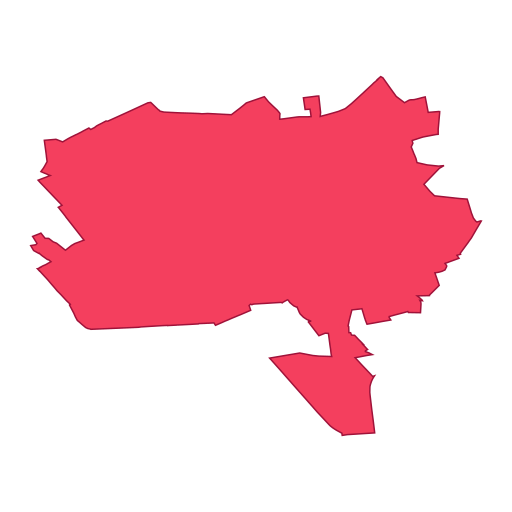 the district of Valmiera, Valmiera, Latvia
{"feature_id": "27541924B28912918597311", "entity_name": "Valmiera", "entity_type": "district", "adm_level": 2, "iso_a3": "LVA", "parent_name": "Latvia", "parent_adm1": "Valmiera", "projection": "natural_earth1", "projection_center": [25.423, 57.526], "detail": "fine", "context": "isolated", "style": "filled", "palette": "rose", "viewbox_px": 512, "rotation_deg": 0, "n_neighbors": 0, "source": "geoboundaries", "source_scale": "gbopen_adm2", "svg_char_len": 5650}
<svg xmlns="http://www.w3.org/2000/svg" viewBox="0 0 512 512"><path d="M87.7,328.5L90.1,329.0L90.9,329.3L138.3,327.3L141.3,326.9L152.7,326.2L162.8,325.6L167.6,325.4L167.7,325.6L168.1,325.5L168.7,325.5L176.4,325.1L177.1,325.0L177.9,325.0L189.8,324.4L198.4,323.9L198.7,323.6L206.0,323.3L207.1,323.2L208.3,323.2L213.9,322.9L215.5,325.3L221.8,322.6L225.1,321.1L228.1,319.9L229.2,319.4L232.4,318.0L235.1,316.9L237.7,315.8L238.9,315.3L240.2,314.8L250.7,310.3L249.1,305.5L250.5,304.2L251.9,304.7L253.0,304.2L254.6,304.0L256.3,303.9L261.2,303.6L265.0,303.4L269.4,303.1L281.2,302.4L282.2,302.9L282.9,302.3L285.0,301.1L287.5,299.8L288.3,300.3L289.9,302.6L292.1,304.5L293.8,305.9L297.0,307.3L297.1,307.2L298.7,310.9L299.4,312.6L300.3,314.1L303.4,317.2L306.7,319.4L311.2,321.2L308.5,321.5L308.5,321.8L308.4,322.1L308.8,322.5L309.1,322.9L314.0,329.3L318.9,335.7L325.2,333.2L328.4,333.4L328.8,336.3L329.9,344.7L330.6,349.4L331.1,353.9L331.7,356.5L318.8,356.1L312.8,355.5L299.7,353.0L269.6,358.1L277.2,366.6L297.2,389.3L309.4,403.1L317.4,412.2L329.0,424.6L330.3,425.9L331.3,426.7L332.7,427.8L334.5,429.0L336.4,430.2L338.6,431.4L341.9,433.2L341.9,433.3L342.1,434.9L342.2,435.4L347.4,434.6L349.2,434.5L374.7,432.9L373.4,422.1L371.7,409.0L370.3,397.1L370.1,395.5L369.8,392.4L369.9,387.5L370.0,386.2L370.3,385.0L370.7,383.6L371.6,381.0L372.6,378.9L373.4,377.5L374.5,375.8L372.7,376.4L361.7,364.8L355.1,357.7L358.9,357.0L366.7,355.5L372.3,354.6L369.0,352.9L367.4,352.3L365.4,351.6L365.5,350.7L367.6,349.5L366.8,348.7L362.8,344.4L363.1,344.4L363.4,344.4L362.0,342.9L358.3,339.2L355.4,336.1L354.6,335.3L353.8,335.3L351.5,335.1L350.6,332.7L348.9,332.6L348.7,326.6L348.1,326.0L349.1,320.9L349.6,318.8L351.9,309.9L360.9,308.9L361.9,308.7L363.0,312.3L364.7,318.1L365.1,319.1L365.3,319.9L365.5,320.5L365.9,321.4L366.6,323.3L366.9,324.0L367.0,324.2L373.9,323.0L382.6,321.4L390.8,320.0L390.7,319.8L389.1,317.4L389.2,316.5L390.1,316.3L394.0,315.2L404.3,312.5L407.8,311.5L408.4,312.5L420.4,312.7L420.5,312.7L421.0,303.9L420.8,302.0L419.8,300.3L422.4,300.7L422.0,300.0L419.7,297.9L417.2,295.9L419.4,295.8L420.2,295.8L429.5,295.6L429.6,294.9L432.9,291.7L439.2,285.4L437.5,280.4L436.3,276.9L436.0,276.1L434.9,272.8L436.0,272.7L438.8,272.2L442.0,271.3L445.0,269.9L446.2,267.5L446.5,266.9L446.7,266.3L446.7,265.8L446.5,265.4L445.0,263.4L447.3,262.6L450.2,261.5L459.0,258.3L456.9,255.3L460.6,254.3L460.3,253.2L466.6,244.6L467.8,243.0L469.3,240.8L471.0,238.5L471.3,238.1L476.4,229.3L481.3,221.0L480.6,220.9L476.9,222.0L475.7,221.1L473.3,217.9L472.8,216.5L472.2,214.9L471.5,213.2L470.4,209.5L467.2,199.1L460.4,198.6L455.5,198.1L434.5,195.8L430.1,191.5L423.9,184.3L439.2,168.5L439.4,168.3L444.0,165.6L438.6,166.1L427.1,164.9L417.0,162.6L416.0,158.6L414.7,155.4L414.6,155.1L414.1,154.1L413.7,153.1L413.4,152.3L413.1,151.5L411.6,147.8L411.2,147.0L411.9,145.5L412.9,143.2L412.3,141.4L412.2,140.5L413.7,140.0L414.8,139.6L415.9,139.3L417.7,138.7L419.5,138.1L421.4,137.5L423.1,137.0L425.6,136.5L427.7,136.1L429.8,135.7L431.9,135.3L434.0,134.9L436.1,134.5L438.2,134.3L438.2,129.1L438.6,124.7L439.4,115.6L439.6,113.6L439.7,111.6L439.3,111.6L438.9,111.5L434.0,111.9L429.0,112.3L428.6,112.4L428.2,112.4L426.7,104.6L425.2,96.9L421.8,97.7L419.6,98.3L416.5,99.1L414.2,99.6L413.3,99.7L410.7,99.8L409.9,99.9L409.4,100.1L408.8,100.3L404.5,102.7L400.3,99.5L396.2,96.4L389.5,87.1L382.9,77.8L380.7,76.6L377.3,79.5L377.6,79.7L374.3,82.5L374.0,82.7L371.9,84.8L355.7,99.8L351.6,103.5L346.2,107.9L345.1,108.7L339.9,110.8L338.4,111.4L333.6,112.8L327.2,114.6L322.2,115.9L320.2,116.5L320.6,112.5L318.8,96.0L316.8,96.1L303.4,97.8L305.1,109.5L310.0,109.2L310.6,112.9L311.1,116.6L307.9,116.8L304.9,116.8L301.9,116.8L299.1,116.8L298.4,116.9L296.9,117.0L295.5,117.2L292.5,117.6L289.6,118.0L286.6,118.4L283.7,118.8L280.1,119.2L279.7,119.2L279.8,115.3L280.0,113.8L279.6,113.0L277.5,110.4L276.8,109.7L272.1,105.3L268.9,102.2L268.7,102.0L268.5,101.8L264.5,96.9L264.3,96.7L247.5,102.5L246.2,103.0L243.5,105.3L239.5,108.5L234.0,112.7L233.0,113.5L232.3,114.0L231.4,114.7L223.1,114.3L219.5,114.1L207.8,113.5L201.8,113.8L200.1,113.6L198.5,113.5L191.0,113.2L184.5,113.0L180.8,112.9L176.4,112.7L174.4,112.6L164.3,112.1L164.0,112.1L159.9,111.1L159.3,110.3L158.3,109.7L155.6,107.1L152.2,103.8L150.7,102.4L147.9,102.8L133.4,109.5L126.2,112.8L107.7,121.2L106.0,121.0L99.9,124.2L99.4,124.4L96.6,125.9L94.4,127.6L92.6,128.5L90.8,129.5L88.9,128.0L82.8,131.2L81.6,131.9L77.9,133.8L76.7,134.4L75.9,134.7L72.7,136.3L70.8,137.2L69.9,137.7L69.0,138.2L68.7,138.3L63.5,141.4L62.7,141.9L56.0,139.3L44.3,140.3L46.1,153.6L46.4,156.0L46.4,156.4L47.1,161.6L44.7,166.0L43.1,168.6L42.3,169.6L41.6,170.6L40.9,171.6L43.2,172.6L44.8,173.3L45.7,173.6L47.9,174.6L50.2,175.5L45.7,177.3L44.3,177.8L38.1,180.2L39.8,182.1L62.0,205.3L58.3,207.3L58.7,207.7L59.1,208.3L63.1,213.3L65.5,216.4L66.0,217.2L66.4,217.7L66.8,218.2L74.5,228.0L81.4,236.8L82.7,238.5L84.0,240.1L77.7,242.5L76.3,243.0L74.9,243.5L74.0,244.0L73.0,244.6L72.4,245.0L71.7,245.3L68.8,247.6L66.0,249.8L65.4,250.2L56.6,243.2L53.1,241.8L53.0,241.7L50.3,239.6L48.7,238.4L45.1,238.3L40.9,233.1L39.3,233.8L32.6,236.4L37.0,243.4L35.9,244.7L30.7,245.6L33.6,250.5L34.8,251.2L38.8,253.4L39.2,253.2L39.5,253.6L41.8,255.5L42.3,255.9L44.0,257.1L46.5,258.9L47.4,259.5L48.0,259.7L48.4,259.8L48.5,259.7L48.8,259.9L50.9,261.6L51.0,261.7L48.2,263.2L45.8,264.6L43.0,265.8L40.2,267.3L40.4,267.4L38.1,268.6L37.4,268.7L39.5,271.0L39.6,270.9L42.8,274.4L47.5,279.5L51.4,284.1L54.1,287.2L55.6,289.0L57.1,290.8L60.9,294.6L66.6,300.8L70.3,304.3L69.5,305.0L73.8,313.2L75.4,316.9L77.3,320.4L78.0,321.0L78.3,321.3L78.8,321.7L79.0,321.8L81.8,324.3L85.6,327.5L87.7,328.5Z" fill="#f43f5e" stroke="#9f1239" stroke-width="1.5"/></svg>